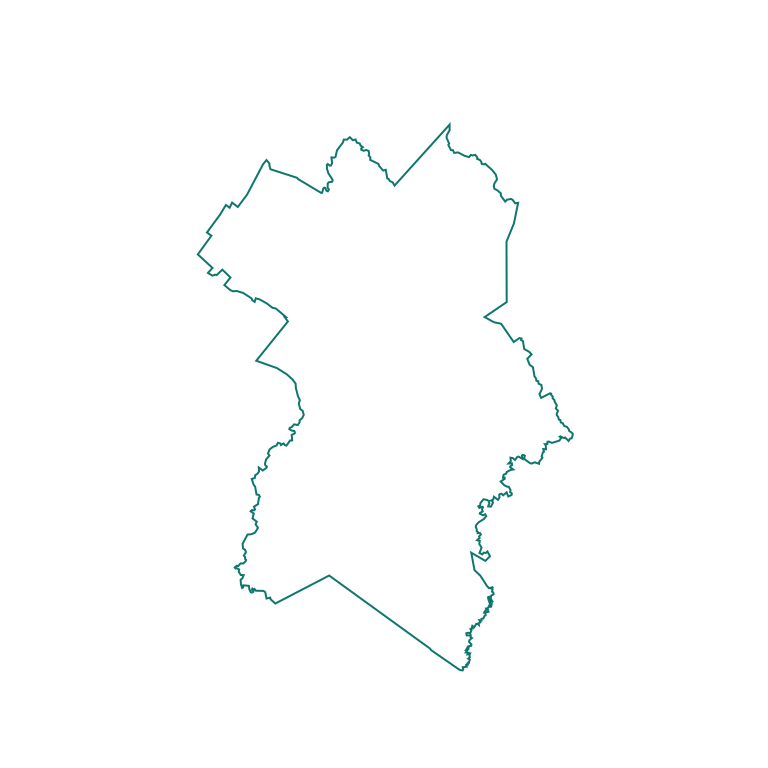 Light, South Australia, Australia, rotated 306°
{"feature_id": "25037944B8971178176615", "entity_name": "Light", "entity_type": "district", "adm_level": 2, "iso_a3": "AUS", "parent_name": "Australia", "parent_adm1": "South Australia", "projection": "robinson", "projection_center": [138.756, -34.41], "detail": "fine", "context": "isolated", "style": "outline", "palette": "teal", "viewbox_px": 768, "rotation_deg": 306, "n_neighbors": 0, "source": "geoboundaries", "source_scale": "gbopen_adm2", "svg_char_len": 6154}
<svg xmlns="http://www.w3.org/2000/svg" viewBox="0 0 768 768"><g transform="rotate(306 384 384)"><path d="M197.2,613.6L198.5,616.0L199.9,615.8L201.2,614.2L203.9,617.1L204.9,615.6L206.2,616.8L206.7,615.8L208.0,615.8L208.2,616.6L211.4,615.4L211.3,613.6L213.3,614.1L214.7,612.6L216.5,612.1L214.5,610.5L216.2,610.2L214.9,608.0L217.9,607.9L217.0,606.7L218.1,606.7L219.2,608.0L220.0,607.6L219.0,606.5L221.1,606.2L223.5,608.4L224.7,607.8L225.4,604.4L226.9,603.7L230.2,604.4L230.0,602.9L231.6,602.0L229.2,598.7L230.8,597.1L232.4,598.5L233.0,600.3L235.8,599.6L236.5,598.0L238.2,599.4L238.6,598.2L240.3,597.6L240.3,600.0L244.0,599.6L244.9,600.8L244.8,602.4L246.1,601.1L247.8,602.0L249.0,600.0L249.9,601.9L251.3,600.9L252.7,602.2L255.3,601.6L256.7,602.1L258.3,600.8L257.8,599.4L260.0,599.2L260.1,601.3L261.1,602.4L262.6,600.6L261.9,599.2L262.3,598.5L263.4,599.6L265.1,599.6L266.8,601.6L268.8,600.6L267.2,600.5L266.4,599.4L268.8,598.9L269.6,597.0L270.5,597.1L270.6,598.6L271.9,599.4L273.1,596.3L271.6,596.9L270.8,595.5L272.6,593.5L273.7,594.1L273.2,595.2L274.1,596.0L275.9,595.1L278.2,596.3L279.6,595.0L279.5,593.4L281.7,592.5L281.6,591.3L283.9,591.7L280.5,589.0L281.2,585.8L285.6,574.5L286.6,566.6L298.8,553.8L300.5,570.0L307.0,571.0L309.3,566.1L307.3,565.8L306.1,563.8L304.0,563.7L303.4,560.6L309.0,559.1L310.6,555.1L313.3,553.8L312.4,551.1L315.5,551.9L316.6,550.5L319.1,550.9L319.8,549.1L318.4,547.4L319.5,546.8L319.5,545.4L321.0,544.4L322.4,542.1L324.4,541.5L327.9,541.9L333.4,544.1L337.2,544.4L338.1,542.4L335.9,541.2L335.4,537.7L336.2,537.4L338.9,538.8L340.2,537.0L342.5,536.5L342.5,535.7L339.8,534.0L340.5,532.2L342.2,533.2L344.3,532.0L349.2,532.2L350.7,535.4L350.9,537.5L349.5,539.3L346.2,540.2L347.6,542.6L352.1,541.9L352.8,540.5L352.6,539.1L354.6,540.3L357.4,539.2L357.3,544.3L360.1,544.1L362.2,542.3L363.2,542.6L364.3,543.6L364.0,545.8L368.4,546.9L366.1,550.7L369.2,552.4L370.6,551.8L370.7,549.5L372.5,548.8L374.2,545.4L373.3,544.1L372.8,540.8L373.7,535.7L378.3,537.4L379.2,536.5L378.2,535.3L380.8,534.1L383.3,535.5L384.8,535.0L388.7,536.8L390.8,538.8L390.8,535.0L391.6,534.5L393.8,535.3L395.0,534.1L392.9,531.5L396.2,531.9L398.7,529.6L399.7,531.6L399.6,534.6L403.3,534.7L404.4,535.6L404.8,539.9L407.3,537.7L408.2,537.9L408.7,538.9L408.7,540.2L405.8,541.2L405.8,548.8L406.5,550.3L409.2,551.9L410.6,556.3L412.4,555.3L417.5,555.5L417.9,554.2L422.2,552.7L423.3,553.2L425.0,551.1L426.4,553.4L429.5,550.9L429.9,549.5L431.5,551.4L433.3,550.2L434.2,551.0L435.1,554.5L441.2,559.1L445.1,559.1L444.7,557.2L445.3,557.4L446.0,561.3L447.2,562.0L446.4,566.8L449.2,566.6L450.3,567.7L454.3,566.4L455.0,565.1L454.9,561.4L456.0,560.1L456.8,557.3L456.0,554.5L457.4,551.5L456.8,549.7L458.5,547.8L458.0,546.5L459.9,544.0L460.2,542.3L461.8,541.1L464.6,540.6L465.2,537.4L468.3,536.4L470.0,532.4L471.1,531.5L471.6,528.7L473.0,527.9L473.6,525.3L474.4,524.9L474.1,523.8L465.2,519.3L467.1,515.7L472.9,514.7L475.8,511.8L475.1,508.9L476.9,507.2L476.2,505.4L477.8,503.8L478.7,501.2L485.1,494.6L485.2,490.5L488.6,485.1L494.7,486.0L495.4,482.6L494.7,476.9L500.4,471.2L500.1,469.1L501.6,468.5L500.8,466.6L494.2,464.2L501.6,443.3L498.6,436.7L497.3,426.1L522.4,435.1L571.2,399.4L590.4,394.7L609.4,386.0L607.3,383.9L608.6,379.8L608.4,378.0L605.4,375.2L602.8,374.8L605.0,368.0L606.9,366.4L607.3,362.2L606.9,358.5L608.7,356.4L611.4,355.4L615.9,355.2L619.0,351.6L620.7,345.6L621.6,336.4L620.6,336.0L619.5,333.7L620.8,332.4L621.6,329.9L620.9,327.0L622.2,326.3L623.0,323.1L620.8,321.2L620.4,319.6L617.5,319.4L615.9,314.7L614.9,307.8L612.2,304.9L613.7,302.4L612.6,300.7L615.2,295.5L616.8,295.4L620.0,289.8L622.2,288.6L627.9,287.9L632.4,284.6L550.7,275.9L552.3,272.4L551.6,269.5L552.6,267.1L552.2,265.9L558.3,259.5L556.2,257.9L557.5,252.0L558.8,250.2L557.2,241.1L559.4,239.7L559.8,237.3L561.3,236.9L563.5,234.6L562.8,232.0L560.7,230.4L560.2,227.9L561.2,227.1L563.1,227.7L563.1,225.0L564.3,223.0L563.3,220.1L565.1,217.3L562.9,215.4L563.6,211.3L560.0,210.4L558.0,207.8L555.3,208.8L545.5,208.6L539.2,211.3L537.8,210.6L536.4,208.3L532.2,212.2L529.5,212.6L528.8,211.8L528.9,209.2L527.6,209.0L524.7,211.3L521.8,215.1L518.9,222.6L517.1,223.1L514.8,220.8L513.1,220.6L509.6,223.1L509.1,225.0L506.9,225.3L506.5,223.9L508.1,221.1L507.7,220.2L506.6,220.0L502.4,221.5L501.7,221.0L499.3,194.2L499.7,192.4L491.0,165.9L493.5,162.7L495.0,161.8L496.1,157.3L490.6,157.0L456.8,161.9L441.3,161.7L441.4,154.5L435.9,155.5L435.9,150.9L424.9,151.8L402.5,151.7L402.5,157.2L379.4,157.2L377.1,177.0L370.4,176.3L370.8,181.5L373.3,183.3L373.7,184.6L381.5,186.0L379.9,197.2L370.2,196.7L369.6,204.1L370.1,207.1L372.8,210.4L374.9,216.7L375.4,226.6L374.4,228.0L374.4,231.1L377.9,229.9L379.3,233.4L380.3,241.8L380.1,249.0L381.5,252.1L380.5,265.3L379.7,264.4L378.1,269.5L327.7,267.0L333.9,287.8L334.7,299.8L333.9,307.3L332.3,312.3L328.9,315.1L323.4,321.8L321.5,325.4L318.2,326.5L314.6,330.8L314.4,334.1L311.9,337.2L308.2,337.9L305.1,337.0L303.6,338.2L300.2,338.4L298.5,335.0L294.8,334.6L293.0,333.5L291.8,334.0L292.2,337.1L293.3,339.0L292.6,340.2L291.6,340.8L288.5,339.3L284.4,342.9L283.1,341.2L276.8,341.3L276.3,339.9L276.9,337.7L274.1,336.6L275.0,335.3L274.1,332.8L271.1,333.2L267.9,331.1L263.8,329.9L259.6,331.0L258.8,333.4L253.8,332.9L249.6,334.5L248.5,335.7L248.4,337.7L247.2,338.2L242.8,336.8L242.8,331.8L239.7,334.4L236.4,334.3L234.7,333.4L232.0,334.7L229.4,332.8L226.0,337.6L225.1,340.2L219.7,345.8L220.7,348.0L219.9,349.8L218.2,349.8L212.7,352.7L208.4,350.9L206.7,353.4L205.4,353.1L204.1,351.1L202.6,351.0L202.7,354.8L198.0,356.6L197.8,362.0L195.0,362.6L193.6,366.6L188.0,367.0L184.6,365.1L182.0,362.1L171.6,363.5L168.1,366.6L168.2,369.1L166.9,371.1L162.8,371.5L162.3,373.5L160.9,374.4L160.6,375.9L159.6,376.2L156.2,375.8L154.5,373.4L150.9,373.1L150.3,371.6L147.8,371.1L147.5,372.3L148.3,373.0L148.8,375.8L146.7,376.8L145.3,380.4L146.9,382.8L143.5,383.6L141.3,383.1L138.0,385.9L135.6,389.1L136.7,389.6L138.5,388.6L141.3,393.3L138.9,395.6L137.3,398.2L137.3,399.4L139.0,400.4L140.0,399.8L139.8,398.1L141.1,397.8L141.0,399.0L142.1,399.7L141.4,401.8L145.7,408.0L145.8,410.3L141.4,415.0L144.3,417.5L143.2,418.7L142.5,425.1L196.8,452.2L197.0,576.7L196.4,578.7L197.2,613.6Z" fill="none" stroke="#0f766e" stroke-width="2"/></g></svg>